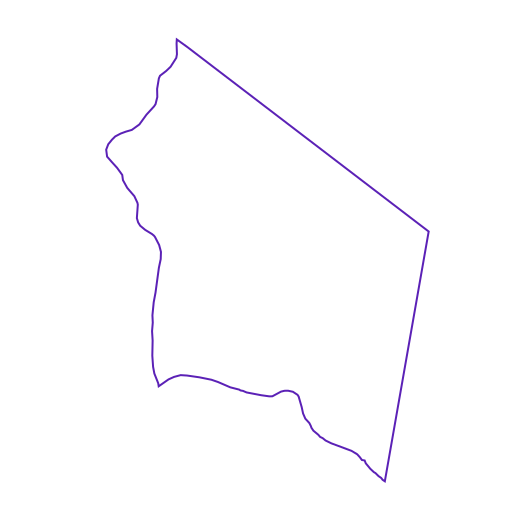 Nentón, Huehuetenango, Guatemala (Robinson projection), rotated 100°
{"feature_id": "79465075B15120752201699", "entity_name": "Nentón", "entity_type": "district", "adm_level": 2, "iso_a3": "GTM", "parent_name": "Guatemala", "parent_adm1": "Huehuetenango", "projection": "robinson", "projection_center": [-91.636, 15.932], "detail": "fine", "context": "isolated", "style": "outline", "palette": "violet", "viewbox_px": 512, "rotation_deg": 100, "n_neighbors": 0, "source": "geoboundaries", "source_scale": "gbopen_adm2", "svg_char_len": 1399}
<svg xmlns="http://www.w3.org/2000/svg" viewBox="0 0 512 512"><g transform="rotate(100 256 256)"><path d="M204.4,400.2L211.2,394.7L213.3,392.2L218.2,386.2L224.2,382.0L226.0,381.3L239.4,379.9L243.4,377.9L246.3,375.3L249.5,369.7L252.4,362.3L253.7,360.0L254.9,358.7L262.0,353.3L266.3,351.3L268.5,350.3L275.6,349.3L284.4,349.6L309.6,348.6L319.3,348.7L332.4,347.7L339.5,346.1L348.1,345.3L357.3,343.1L372.2,340.8L383.0,338.1L389.4,335.7L398.3,330.2L401.2,329.2L392.7,320.7L389.3,315.7L386.4,309.5L385.7,303.2L385.3,290.7L385.6,278.4L386.7,271.5L389.8,258.5L390.5,249.3L391.1,247.9L391.1,245.4L392.0,241.6L392.2,226.8L391.9,218.4L391.3,215.5L385.2,207.8L383.8,204.6L383.1,201.1L383.3,196.1L385.5,191.0L387.0,189.6L396.8,184.8L402.9,182.3L407.6,179.2L411.3,174.4L414.0,172.4L415.5,171.6L418.1,169.1L421.3,163.5L423.0,161.5L423.8,158.7L425.6,155.5L427.4,149.3L431.3,128.1L433.7,121.9L436.1,118.8L438.5,116.3L438.5,113.5L441.1,111.9L445.7,106.5L448.4,102.4L449.0,100.7L451.5,97.1L452.8,94.2L454.4,92.5L455.5,90.0L201.9,90.2L62.1,360.0L56.5,371.6L60.6,371.1L69.1,369.3L71.0,368.9L74.7,368.9L84.5,373.0L89.4,376.6L95.1,381.8L97.9,382.5L108.6,382.4L116.6,380.8L123.9,381.3L126.4,382.4L135.8,388.4L146.7,393.7L153.4,400.2L156.1,405.7L158.9,410.5L162.7,415.4L166.4,418.0L171.6,420.9L177.3,422.0L184.0,419.9L188.5,414.3L193.3,408.1L199.4,401.8L204.4,400.2Z" fill="none" stroke="#5b21b6" stroke-width="2"/></g></svg>